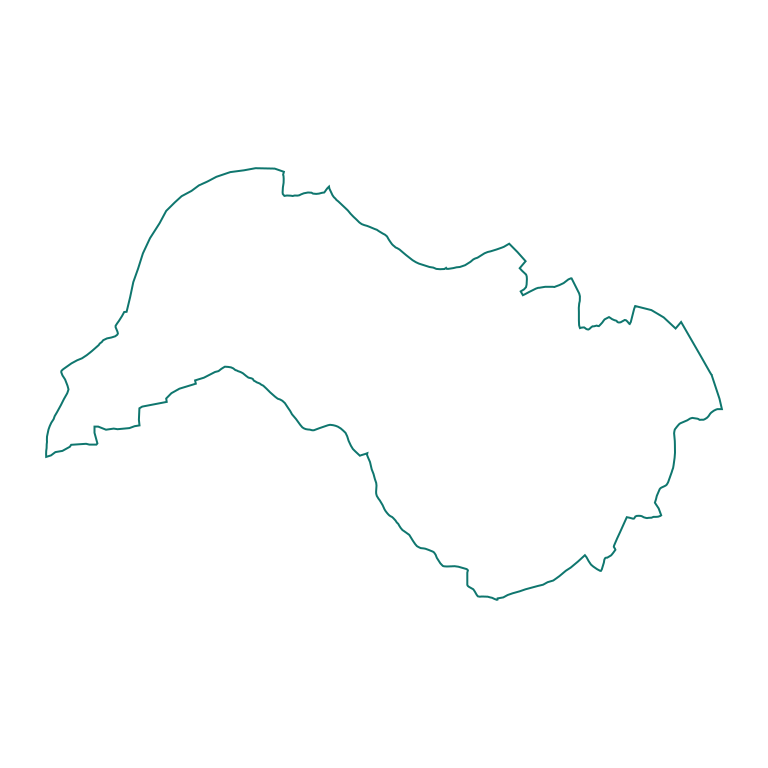 the district of Concordia, Magdalena, Colombia
{"feature_id": "7082276B98698939167596", "entity_name": "Concordia", "entity_type": "district", "adm_level": 2, "iso_a3": "COL", "parent_name": "Colombia", "parent_adm1": "Magdalena", "projection": "natural_earth1", "projection_center": [-74.777, 10.231], "detail": "fine", "context": "isolated", "style": "outline", "palette": "teal", "viewbox_px": 768, "rotation_deg": 0, "n_neighbors": 0, "source": "geoboundaries", "source_scale": "gbopen_adm2", "svg_char_len": 6043}
<svg xmlns="http://www.w3.org/2000/svg" viewBox="0 0 768 768"><path d="M46.2,456.9L51.0,455.4L55.4,452.1L62.4,450.9L69.8,446.8L71.2,444.8L86.1,443.8L89.4,444.6L96.4,444.6L97.4,443.4L94.5,432.8L94.5,426.6L98.2,426.6L106.0,429.7L113.7,428.6L117.6,429.2L129.4,428.1L134.6,426.2L139.5,425.4L138.9,419.8L139.4,408.3L142.2,406.6L166.7,401.9L166.2,398.5L171.4,393.2L179.4,388.7L195.8,383.7L195.1,380.4L203.9,377.7L215.0,372.0L218.5,371.1L221.3,368.9L223.5,367.5L224.9,366.7L228.1,366.9L231.1,367.4L233.3,368.4L235.4,370.1L236.6,370.4L237.9,371.1L240.5,372.0L242.8,373.2L246.1,375.9L248.4,377.6L251.7,378.4L252.9,379.1L253.8,380.6L255.5,381.5L256.7,382.3L259.7,383.5L261.3,384.7L263.3,385.7L266.4,388.6L270.2,392.4L275.1,396.7L277.7,398.7L280.1,399.5L282.4,400.8L284.9,403.1L288.4,408.4L290.2,411.0L292.0,414.3L296.0,419.0L300.2,424.8L302.3,427.3L303.8,428.3L305.7,429.1L308.0,429.5L309.7,429.6L311.9,430.2L313.0,430.3L314.0,430.2L319.6,428.1L327.8,425.3L330.0,424.8L333.2,425.2L335.6,425.8L337.9,426.7L340.8,428.5L343.1,430.5L345.5,432.8L347.2,436.3L348.6,440.8L350.9,445.7L352.9,449.0L355.3,451.4L359.9,455.7L361.2,455.2L365.5,453.9L367.3,453.2L367.0,454.8L368.0,457.4L370.0,462.0L371.7,469.3L373.5,473.9L374.9,479.1L376.2,482.9L376.5,485.6L376.1,491.8L376.2,493.7L376.8,495.9L378.5,498.7L379.8,500.4L382.6,505.1L384.5,509.3L385.6,511.1L386.9,512.8L388.2,514.3L389.3,515.4L390.5,516.2L392.1,517.0L393.4,518.2L395.5,520.5L396.8,522.5L398.2,523.8L399.5,526.1L400.8,528.1L401.5,528.9L402.5,530.1L403.6,530.8L409.3,534.9L413.0,540.9L415.1,544.0L416.9,546.1L418.6,547.1L420.7,548.1L423.5,548.4L425.3,548.7L428.6,549.9L432.8,551.6L434.0,552.4L435.6,554.7L436.8,557.8L440.4,563.4L442.8,565.9L444.0,566.3L446.9,566.5L454.6,566.2L458.3,566.7L466.7,569.1L467.9,570.3L467.3,572.6L467.3,584.9L467.8,585.9L468.9,586.8L473.3,589.3L474.8,591.5L476.6,594.7L477.8,596.3L479.7,596.7L481.9,596.5L487.7,596.7L490.2,597.4L492.1,597.8L494.6,599.0L496.8,599.8L497.5,599.6L497.6,598.4L503.3,597.4L507.7,595.0L512.6,593.3L519.7,591.3L525.5,589.3L537.7,586.0L543.1,584.7L547.6,582.2L553.3,580.5L559.3,576.2L565.9,570.7L570.7,567.6L577.9,561.6L584.9,555.2L586.5,557.2L588.7,561.2L591.0,564.6L593.2,566.5L597.1,569.2L600.1,570.8L600.9,570.9L601.8,569.4L603.9,562.5L604.3,559.9L605.0,558.3L606.0,557.7L607.2,557.7L611.2,555.3L613.0,553.1L615.4,549.8L615.0,548.8L613.8,546.8L614.1,545.5L617.2,538.3L620.0,532.3L626.3,518.3L626.8,517.2L629.4,517.7L633.1,518.7L634.1,518.5L635.4,516.5L636.8,515.9L638.9,515.8L640.5,515.9L641.8,516.2L643.8,517.3L645.9,517.9L647.0,518.1L648.8,517.8L651.5,517.7L653.4,516.9L655.5,516.9L658.1,516.7L660.4,515.9L661.2,515.3L658.7,508.5L654.9,502.7L656.0,499.2L656.8,495.9L659.7,489.1L660.6,488.1L661.6,487.5L663.8,486.5L665.6,485.6L666.6,484.8L667.2,483.9L668.1,482.3L671.7,472.2L672.3,470.2L673.1,468.0L673.6,465.1L674.6,457.8L675.0,452.7L674.9,444.7L674.8,441.0L674.1,433.2L674.4,431.2L674.8,429.5L676.4,427.4L677.7,425.8L679.1,424.2L680.3,423.3L687.3,420.3L690.2,418.5L692.3,417.9L697.5,418.7L698.6,419.1L699.4,419.8L703.6,419.7L705.1,419.0L707.1,417.7L708.6,416.1L710.1,413.8L711.2,412.6L713.8,410.7L716.0,409.6L717.5,409.1L721.9,409.1L719.5,398.8L711.8,375.5L711.8,375.2L711.7,375.2L709.6,371.7L701.1,356.7L681.1,322.0L675.6,328.5L663.7,317.4L651.4,310.1L635.9,306.2L635.9,306.4L635.1,306.2L634.1,309.0L630.8,322.0L629.7,324.0L629.3,323.8L627.2,321.3L625.9,320.2L624.7,320.0L620.6,322.3L618.9,322.5L617.5,322.1L616.8,321.1L615.8,320.5L614.7,320.3L612.0,319.1L610.3,317.9L609.0,317.1L606.5,318.4L604.6,319.4L602.9,321.6L602.5,322.3L600.3,324.7L598.9,326.1L597.9,326.0L596.7,325.6L594.0,326.3L592.5,326.3L590.8,327.6L589.6,328.8L588.5,329.5L587.4,329.4L586.3,329.0L585.0,328.0L584.1,327.4L581.6,327.6L580.0,328.1L579.6,327.0L579.1,325.2L578.9,320.3L578.9,312.1L578.8,307.9L579.2,303.5L579.8,300.9L579.9,296.3L579.2,293.5L571.6,278.4L571.0,278.3L568.4,279.4L563.6,283.1L559.4,285.1L555.3,286.6L554.5,287.0L552.7,286.8L545.2,286.8L539.1,287.8L538.2,287.8L535.9,288.6L529.3,291.9L525.2,294.1L522.9,295.2L520.7,291.4L524.0,289.4L526.0,287.2L526.6,284.6L526.9,279.0L526.7,276.4L526.1,274.6L521.9,270.6L519.7,268.2L525.6,261.2L517.5,252.1L509.2,243.7L503.9,246.8L501.9,247.6L496.5,249.5L490.7,251.3L487.7,252.0L484.5,253.3L477.5,257.7L475.1,258.5L473.2,259.5L470.5,261.8L465.1,265.2L461.9,266.3L459.8,267.0L456.6,267.3L453.3,268.1L448.1,268.9L446.9,268.9L446.1,267.9L445.6,268.4L444.7,268.7L444.5,269.0L440.1,269.2L436.3,268.9L433.3,267.6L429.5,267.0L426.4,266.0L418.9,263.6L415.9,262.2L412.6,260.2L406.1,255.1L403.0,252.5L399.5,249.5L397.3,248.2L395.5,247.4L394.6,246.5L393.3,245.5L392.0,244.2L390.7,242.4L388.8,239.6L387.0,236.4L385.0,234.7L382.7,233.5L378.6,231.0L376.9,229.8L374.7,229.0L369.7,226.9L367.1,225.9L364.3,225.1L361.7,224.1L359.3,222.4L356.4,219.5L353.4,216.7L350.6,213.8L347.8,210.4L338.4,201.5L336.3,199.8L335.5,198.7L333.9,197.2L332.5,195.2L331.0,192.0L329.4,188.6L329.0,186.6L327.4,188.2L326.1,189.9L325.1,191.4L324.2,192.5L322.0,192.8L319.0,193.6L316.3,193.9L315.2,193.8L313.0,193.6L311.5,192.7L308.0,192.5L303.8,193.3L301.0,194.4L299.2,195.3L297.4,195.6L294.7,195.5L292.7,196.0L290.9,195.7L287.0,195.5L284.4,195.9L282.8,194.0L282.6,192.4L282.9,187.4L283.6,182.8L283.7,178.8L283.5,175.9L283.1,174.8L283.9,171.8L274.7,168.6L255.5,168.2L244.0,170.3L230.3,172.1L216.4,176.8L207.5,181.5L198.9,185.4L191.5,190.9L181.6,196.2L174.8,202.4L166.2,210.9L159.6,223.2L150.0,238.2L142.9,253.4L138.1,268.6L133.3,282.1L130.1,297.3L126.6,311.8L124.2,312.0L122.1,315.9L119.0,320.8L117.0,323.6L115.6,325.8L115.6,327.2L117.5,331.8L117.9,333.5L117.3,334.7L115.2,336.3L111.4,337.5L107.0,338.4L103.2,340.2L101.8,342.0L99.7,343.6L98.8,345.0L91.5,351.4L86.7,355.2L82.0,358.3L77.1,360.3L71.4,363.4L63.2,369.2L62.2,370.1L61.6,370.7L61.3,371.3L61.3,372.4L62.5,375.5L63.5,377.0L65.1,379.5L67.5,385.7L68.5,389.4L67.8,391.6L67.2,393.3L63.9,399.1L60.9,405.1L56.9,412.4L54.7,416.1L53.6,419.2L51.3,422.7L49.7,426.2L48.5,429.5L47.0,436.6L46.9,439.9L47.0,441.9L46.7,444.3L46.6,448.0L46.2,451.0L46.1,454.0L46.2,456.9Z" fill="none" stroke="#0f766e" stroke-width="2"/></svg>